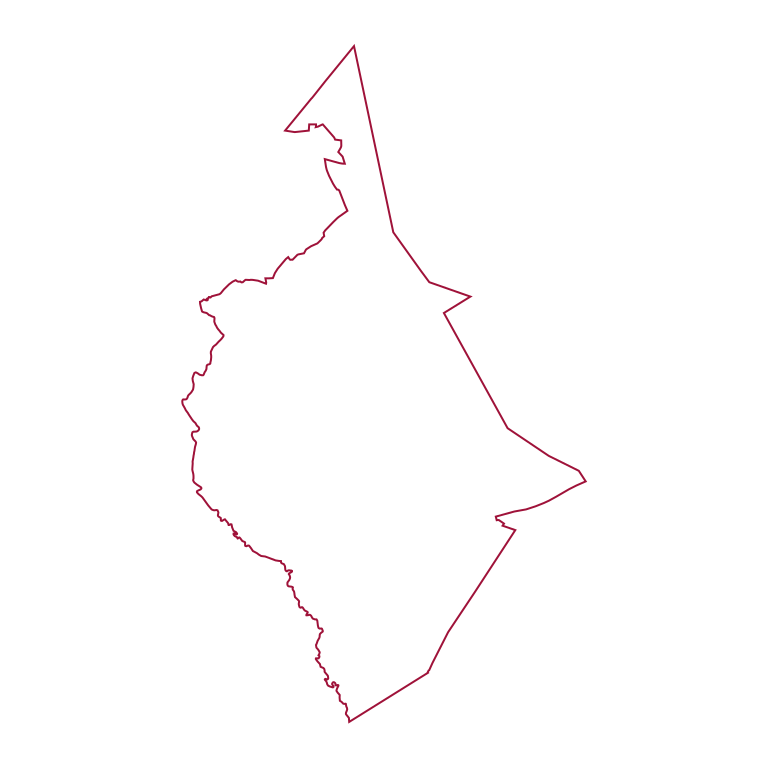 the district of Nuenen, Gerwen en Nederwetten, Noord-Brabant, Netherlands
{"feature_id": "6326949B11181264963907", "entity_name": "Nuenen, Gerwen en Nederwetten", "entity_type": "district", "adm_level": 2, "iso_a3": "NLD", "parent_name": "Netherlands", "parent_adm1": "Noord-Brabant", "projection": "albers", "projection_center": [5.532, 51.486], "detail": "fine", "context": "isolated", "style": "outline", "palette": "rose", "viewbox_px": 768, "rotation_deg": 0, "n_neighbors": 0, "source": "geoboundaries", "source_scale": "gbopen_adm2", "svg_char_len": 6110}
<svg xmlns="http://www.w3.org/2000/svg" viewBox="0 0 768 768"><path d="M349.2,721.9L427.9,672.8L427.6,672.5L428.6,670.5L429.2,670.2L432.5,662.9L448.1,632.2L474.9,592.0L515.3,530.1L502.6,525.7L504.0,523.6L498.9,520.1L497.9,520.0L496.7,520.2L495.8,516.6L514.4,511.5L526.1,509.4L535.6,506.3L543.9,503.0L548.9,500.7L556.0,496.8L569.1,489.2L576.4,485.5L585.7,481.4L578.8,470.8L548.8,455.9L507.6,428.2L443.9,313.0L470.4,296.6L429.3,282.2L421.0,271.0L393.3,232.3L354.0,46.1L325.0,81.6L313.6,96.0L311.8,98.2L311.4,98.5L285.1,130.6L294.7,132.1L308.8,130.6L309.2,124.4L316.0,124.4L316.0,126.5L315.8,127.1L318.0,126.6L322.5,124.4L322.8,124.4L334.2,137.5L335.1,139.6L341.2,140.4L341.3,145.5L341.2,146.5L340.8,147.6L338.3,152.0L342.6,156.6L344.8,163.7L342.3,163.6L339.4,163.1L324.8,159.1L326.0,166.9L326.6,169.4L327.0,170.7L329.1,175.9L333.0,183.6L334.9,186.7L337.0,189.6L337.7,189.6L338.5,189.8L339.3,190.6L344.9,205.1L347.4,210.8L338.5,217.1L337.0,218.4L333.2,222.1L325.1,230.5L323.6,232.7L324.2,236.2L322.1,238.1L321.7,239.1L320.7,240.2L317.4,243.4L311.1,246.2L306.3,249.3L305.8,249.9L304.0,253.3L298.4,254.4L297.4,254.8L292.6,259.7L292.3,259.6L290.6,259.8L289.8,259.5L288.2,257.1L285.8,259.1L277.7,268.7L274.9,273.1L272.9,278.1L269.4,278.3L265.4,278.3L266.1,281.9L266.2,282.8L266.0,283.7L258.1,280.7L252.8,279.9L250.9,279.8L249.3,280.0L245.7,279.8L245.1,280.1L242.8,282.2L241.7,282.4L241.3,282.3L240.3,281.5L238.9,281.7L237.8,281.5L236.8,281.0L236.0,280.3L235.6,280.2L232.6,281.7L229.1,284.3L223.9,289.4L220.8,293.2L219.5,294.2L211.7,296.3L210.6,297.4L210.3,297.2L209.6,297.4L209.2,297.0L208.9,297.0L208.3,298.1L207.4,298.4L206.6,299.2L207.6,299.5L207.8,299.8L207.3,300.3L206.3,300.4L203.7,299.5L201.5,301.4L200.0,301.8L200.1,303.7L201.1,308.2L202.0,311.3L202.3,311.7L203.7,312.3L206.3,312.9L207.1,313.3L209.2,315.2L210.0,315.3L211.7,316.3L214.1,317.1L214.5,318.1L214.3,321.4L214.4,322.0L215.3,324.5L216.3,326.1L217.0,327.6L218.2,329.3L219.6,330.9L220.9,332.7L223.5,335.0L223.5,335.9L223.2,336.6L221.6,338.7L220.2,340.2L218.7,341.6L216.0,344.6L214.2,345.9L213.0,347.1L210.9,351.6L210.8,353.1L211.2,355.8L211.2,357.5L210.9,360.3L210.3,362.9L210.3,363.5L209.7,364.1L207.6,364.7L207.1,365.1L206.7,365.8L206.4,369.1L205.7,370.7L204.6,372.3L203.7,374.6L203.2,375.2L202.0,375.3L199.6,374.7L197.7,373.3L196.2,372.5L195.5,372.4L194.4,373.0L193.3,375.7L192.5,378.3L192.8,380.9L193.7,384.2L193.5,386.9L193.2,388.7L193.0,389.6L191.3,392.3L190.2,393.5L188.5,395.1L187.9,396.1L187.5,397.6L186.8,398.8L186.4,399.2L185.6,399.4L184.3,399.5L183.3,399.4L183.0,399.5L182.5,400.2L182.3,400.9L182.3,401.8L182.5,403.5L182.9,404.8L184.9,408.3L185.8,410.2L188.1,413.3L188.6,414.3L192.0,419.4L193.4,421.2L195.4,423.0L196.9,425.6L198.8,427.3L199.1,428.2L199.1,429.1L198.9,429.7L198.2,430.6L197.2,431.3L196.2,431.6L193.4,431.7L192.5,432.2L192.2,432.9L191.8,435.0L192.1,436.2L193.4,439.3L195.4,441.3L195.9,442.1L196.1,442.7L195.8,444.3L195.0,447.0L194.4,451.1L194.1,452.2L193.9,454.1L193.6,455.4L193.3,457.7L192.6,461.5L192.7,463.5L192.4,467.7L192.3,469.6L192.5,470.7L193.3,474.0L193.5,475.9L193.5,478.5L193.2,479.8L193.2,480.5L193.7,481.6L194.4,482.6L197.0,484.7L200.9,487.2L201.3,487.8L201.4,488.1L201.3,488.6L200.6,489.4L197.2,491.0L196.9,491.7L197.0,492.4L198.4,494.0L201.3,496.3L202.5,497.5L208.2,505.4L211.4,509.2L212.1,509.7L213.6,510.2L214.6,510.3L216.4,510.0L217.5,510.3L218.3,512.1L218.4,512.6L217.9,515.2L218.0,515.9L218.6,516.6L220.7,517.9L220.9,519.2L220.8,520.1L220.9,520.6L221.5,520.9L222.1,520.9L223.9,519.7L224.9,519.3L227.9,522.9L228.4,523.8L228.4,524.6L228.6,525.0L229.2,525.0L230.8,524.2L231.5,524.4L231.8,525.7L232.1,527.3L233.5,530.8L236.1,532.2L237.1,533.6L237.0,534.1L236.5,534.4L234.0,533.4L233.6,533.5L233.5,534.2L233.9,535.1L234.8,536.1L237.0,537.2L237.3,537.7L237.4,538.2L237.6,538.5L238.0,538.4L238.4,537.9L238.9,537.6L239.5,537.5L240.2,538.2L242.3,541.0L244.9,542.1L245.1,542.4L245.1,545.4L245.4,546.0L246.4,546.2L248.1,545.5L249.1,545.7L250.9,548.0L252.9,551.0L257.0,553.2L258.8,554.6L261.2,556.0L265.2,556.5L275.6,560.4L278.8,560.9L281.0,561.1L281.0,562.2L281.3,562.9L282.1,563.5L283.8,564.1L284.7,565.6L285.0,566.3L285.3,569.6L285.6,570.4L286.0,570.9L286.9,571.3L287.8,570.6L288.9,570.3L291.5,570.6L292.0,570.9L292.0,571.5L291.6,572.0L289.1,573.4L288.8,573.9L288.8,574.2L289.3,574.8L289.7,575.6L290.1,577.1L290.1,577.6L289.9,578.6L289.2,580.1L287.5,582.4L287.4,583.2L287.4,584.5L287.7,585.5L288.1,586.0L288.6,586.3L291.6,586.7L292.6,587.1L292.9,587.4L292.9,587.7L292.6,588.6L292.7,589.4L292.8,589.7L293.5,590.6L294.1,591.7L294.4,593.4L294.5,594.5L295.0,597.1L297.1,599.0L298.7,600.6L299.0,601.1L299.1,601.8L298.8,603.4L298.8,604.4L299.3,606.5L299.7,607.3L300.8,607.7L301.8,607.2L302.4,607.3L303.1,608.1L304.0,609.6L304.8,610.5L307.5,611.9L307.7,612.3L307.7,612.7L306.5,614.5L306.3,615.1L306.4,615.3L308.0,615.2L309.4,614.8L310.1,614.9L311.1,615.7L312.2,617.8L313.0,618.7L315.0,619.4L316.5,619.4L317.3,620.7L317.9,625.6L318.4,627.6L318.7,628.1L319.7,628.6L321.5,628.5L321.9,628.7L322.2,629.4L322.8,630.9L322.8,631.3L322.7,631.6L320.9,633.0L319.9,634.1L319.7,635.2L319.6,636.9L319.3,637.9L317.6,640.9L316.6,643.8L316.0,645.0L316.4,647.5L316.7,648.0L318.1,649.5L319.5,651.8L319.7,652.5L319.3,653.9L318.5,655.3L319.4,656.1L319.4,656.9L319.2,657.4L318.6,658.3L316.0,658.3L315.8,658.9L316.1,659.5L317.5,661.4L319.9,664.0L320.6,666.8L323.4,668.0L324.2,668.9L324.6,670.4L324.6,671.7L324.8,672.1L327.8,675.7L328.1,677.1L328.2,678.4L328.0,678.9L327.4,679.4L325.3,678.9L325.0,679.1L324.8,679.4L324.9,679.8L326.2,681.3L326.8,682.6L327.2,684.2L327.6,684.9L328.2,685.7L329.9,686.5L332.4,687.3L333.1,687.3L333.4,687.1L333.5,686.8L333.4,686.3L332.1,684.1L332.1,683.8L332.7,682.6L333.3,682.2L334.2,682.3L335.2,683.1L335.6,684.2L335.4,685.0L335.5,685.3L336.6,685.4L337.7,685.0L338.2,685.1L338.4,685.3L338.4,685.8L337.1,688.4L336.5,690.2L336.5,690.9L337.7,692.7L339.6,694.8L339.7,695.0L339.6,697.6L339.9,700.8L341.5,701.8L343.3,703.7L344.5,703.9L345.6,703.7L345.8,703.8L346.3,706.5L347.0,708.0L347.2,709.4L346.8,710.7L346.0,712.7L345.9,713.9L346.1,714.4L348.9,717.9L349.2,721.9Z" fill="none" stroke="#9f1239" stroke-width="2"/></svg>